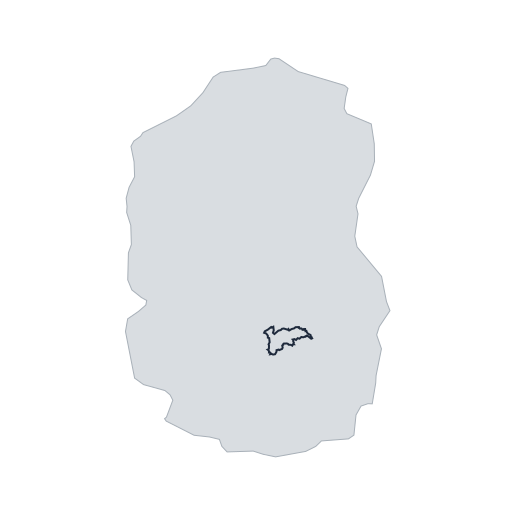 Krushevo, Kruševo, North Macedonia shown in context, rotated 283°
{"feature_id": "65306769B95473368394754", "entity_name": "Krushevo", "entity_type": "district", "adm_level": 2, "iso_a3": "MKD", "parent_name": "North Macedonia", "parent_adm1": "Kruševo", "projection": "natural_earth1", "projection_center": [21.252, 41.35], "detail": "fine", "context": "in_parent", "style": "outline", "palette": "slate", "viewbox_px": 512, "rotation_deg": 283, "n_neighbors": 0, "source": "geoboundaries", "source_scale": "gbopen_adm2", "svg_char_len": 2360}
<svg xmlns="http://www.w3.org/2000/svg" viewBox="0 0 512 512"><g transform="rotate(283 256 256)"><path d="M230.5,131.0L239.1,132.0L257.7,127.1L269.3,120.2L275.2,119.2L283.1,116.5L294.4,116.9L305.9,119.9L320.4,116.0L334.7,109.5L340.5,111.1L346.7,116.6L350.8,118.1L374.7,147.0L387.7,158.7L403.1,167.5L420.7,174.0L427.0,180.2L438.4,211.0L443.8,222.7L451.2,226.1L453.0,229.5L453.4,234.0L445.2,255.6L442.1,304.0L440.0,307.9L431.2,307.7L419.6,308.7L415.1,312.5L410.6,338.6L391.9,346.0L374.9,350.2L360.5,349.3L335.3,343.1L327.0,342.4L320.0,345.9L297.5,347.8L287.6,352.4L264.4,382.9L240.9,393.4L232.9,398.8L214.9,392.0L206.3,391.3L193.8,399.1L166.5,399.9L159.2,401.2L138.1,402.5L137.3,398.3L133.4,392.1L123.6,389.2L103.5,391.7L98.6,387.2L90.5,361.3L84.0,357.1L76.8,348.4L64.7,320.3L64.4,307.9L65.3,297.2L58.6,271.9L62.8,265.6L69.1,261.6L69.2,251.4L67.4,236.0L74.9,205.7L76.9,203.5L78.8,205.0L96.8,207.4L101.4,203.5L104.4,197.6L105.4,175.4L109.7,165.2L153.1,145.8L165.9,145.1L175.6,154.0L183.4,159.7L188.1,159.5L189.7,153.8L195.0,142.7L203.9,136.4L230.3,131.0L230.5,131.0Z" fill="#d9dde1" stroke="#a8b0b8" stroke-width="1"/><path d="M164.6,296.7L167.3,297.5L168.9,297.2L169.9,299.1L169.5,299.8L171.3,302.3L172.7,302.6L174.7,301.7L175.6,302.5L176.1,302.3L176.9,302.7L177.7,305.7L177.6,306.9L176.9,307.7L177.3,310.0L176.8,311.5L178.3,311.9L178.5,312.7L178.9,312.2L180.0,312.4L181.1,311.5L182.4,311.3L182.9,310.6L183.7,312.2L183.2,313.9L185.3,315.1L185.2,317.0L187.3,318.4L187.4,320.3L188.8,322.4L189.7,322.5L189.1,322.7L189.7,323.2L189.4,323.6L189.8,324.2L187.8,328.4L188.4,329.2L188.7,328.9L189.4,328.5L189.5,327.8L191.3,326.9L192.0,324.2L193.0,322.8L194.3,322.0L193.9,321.1L195.9,320.3L195.6,319.1L194.8,319.0L194.6,318.2L195.0,318.2L194.8,317.9L195.6,316.6L195.1,315.0L195.7,314.5L195.6,313.9L196.4,313.7L195.5,310.5L194.1,309.5L192.8,307.1L190.9,305.2L190.9,304.7L192.1,304.0L191.3,303.4L191.6,299.4L190.9,297.7L189.4,296.8L188.3,294.6L184.1,291.5L185.0,289.8L187.6,290.0L190.9,288.8L190.0,287.9L190.3,287.3L189.7,286.9L189.9,286.5L186.9,284.1L184.6,281.5L183.0,281.2L182.8,283.3L181.1,285.4L179.1,285.9L179.0,287.3L175.0,288.7L172.7,288.1L172.0,288.7L168.9,289.4L168.0,289.2L167.4,288.4L166.9,289.6L166.0,290.0L165.8,290.4L164.9,290.4L165.1,291.3L164.6,292.2L163.5,292.0L164.1,293.3L163.8,294.8L164.6,296.7Z" fill="none" stroke="#1e293b" stroke-width="2"/></g></svg>